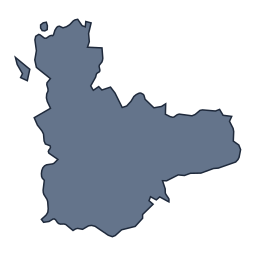 Valladolid, Robinson projection
{"feature_id": "ESP-5850", "entity_name": "Valladolid", "entity_type": "Autonomous Community", "adm_level": 1, "iso_a3": "ESP", "parent_name": "Spain", "parent_adm1": "", "projection": "robinson", "projection_center": [-4.954, 41.703], "detail": "fine", "context": "isolated", "style": "filled", "palette": "slate", "viewbox_px": 256, "rotation_deg": 0, "n_neighbors": 0, "source": "natural_earth", "source_scale": "10m", "svg_char_len": 2223}
<svg xmlns="http://www.w3.org/2000/svg" viewBox="0 0 256 256"><path d="M240.6,149.6L239.1,157.3L238.0,159.5L235.7,162.0L218.3,168.1L213.5,168.5L200.9,173.1L190.4,173.3L184.4,175.5L178.2,174.9L166.6,180.8L162.5,180.7L165.2,188.9L165.3,193.0L165.8,194.2L168.8,198.7L169.0,199.9L168.9,201.9L159.7,196.9L156.3,199.9L150.5,196.7L149.0,200.7L153.1,204.2L142.6,214.5L142.6,218.3L135.2,226.4L121.6,229.8L115.3,235.5L112.4,236.7L108.2,235.2L95.1,226.3L91.6,225.4L88.6,225.8L82.6,229.3L77.6,228.4L75.6,228.9L73.0,230.5L65.8,224.5L64.0,224.0L60.4,224.1L58.7,223.6L57.5,222.6L55.5,219.7L54.2,218.9L52.9,219.1L49.0,221.5L43.6,222.3L41.4,219.4L46.1,215.1L47.8,212.3L48.2,208.8L47.7,201.7L47.0,199.4L43.9,194.5L43.3,192.6L43.1,190.1L44.3,180.4L43.5,179.4L42.5,178.5L41.6,176.5L41.4,173.6L41.8,170.6L42.8,167.9L44.5,165.9L46.5,164.8L52.6,163.9L54.1,163.2L57.9,159.4L48.9,153.2L48.3,151.5L48.9,150.0L50.0,148.7L50.5,147.1L50.0,145.7L45.4,144.0L44.1,141.0L43.5,134.0L42.0,131.0L37.4,125.1L34.2,117.7L50.5,108.3L47.3,101.5L46.4,97.9L46.7,94.0L48.0,91.1L48.0,88.9L46.8,84.8L47.0,82.8L50.4,78.6L36.4,67.4L34.8,59.9L36.4,50.7L34.9,39.8L35.7,36.3L38.7,34.4L40.0,34.8L44.5,38.2L46.3,38.2L49.5,36.0L51.3,35.4L52.0,35.5L52.4,35.7L52.7,35.7L53.2,35.1L53.6,34.5L54.9,30.3L56.7,27.4L57.9,26.5L59.4,26.2L63.0,27.8L66.5,26.7L69.8,24.6L73.3,20.9L75.0,19.9L77.7,19.3L82.1,25.7L85.3,26.8L85.8,21.5L91.1,22.9L88.6,33.5L89.3,41.7L87.5,47.2L102.0,47.9L102.8,58.3L102.5,60.2L101.9,62.0L99.4,65.1L99.1,66.4L99.9,70.1L99.6,71.5L98.7,72.3L97.6,72.8L96.7,73.6L96.3,74.4L95.6,77.2L90.7,85.9L93.3,90.3L98.7,86.6L101.9,90.0L110.5,87.1L115.0,93.0L122.2,107.5L126.7,106.0L131.0,101.3L133.9,96.5L136.2,94.6L138.8,93.3L140.1,93.0L141.1,93.2L143.1,94.3L143.9,95.2L145.1,99.3L153.9,107.8L161.4,106.5L165.7,103.8L165.4,114.2L170.1,116.6L172.8,117.3L174.0,117.0L177.2,114.7L179.2,114.1L192.0,115.8L195.1,114.5L200.0,110.4L202.5,109.9L215.5,111.0L219.6,109.4L223.1,115.3L231.7,116.4L229.5,121.3L233.1,128.4L233.7,131.5L233.3,141.1L238.8,145.0L240.6,149.6ZM15.4,57.4L29.8,69.3L27.3,80.7L20.6,77.6L22.5,73.7L17.2,64.5L15.4,57.4ZM46.3,22.2L47.4,25.8L47.2,29.6L44.8,30.9L42.2,30.6L40.6,28.0L40.6,24.9L43.2,22.8L46.3,22.2Z" fill="#64748b" stroke="#1e293b" stroke-width="1.5"/></svg>